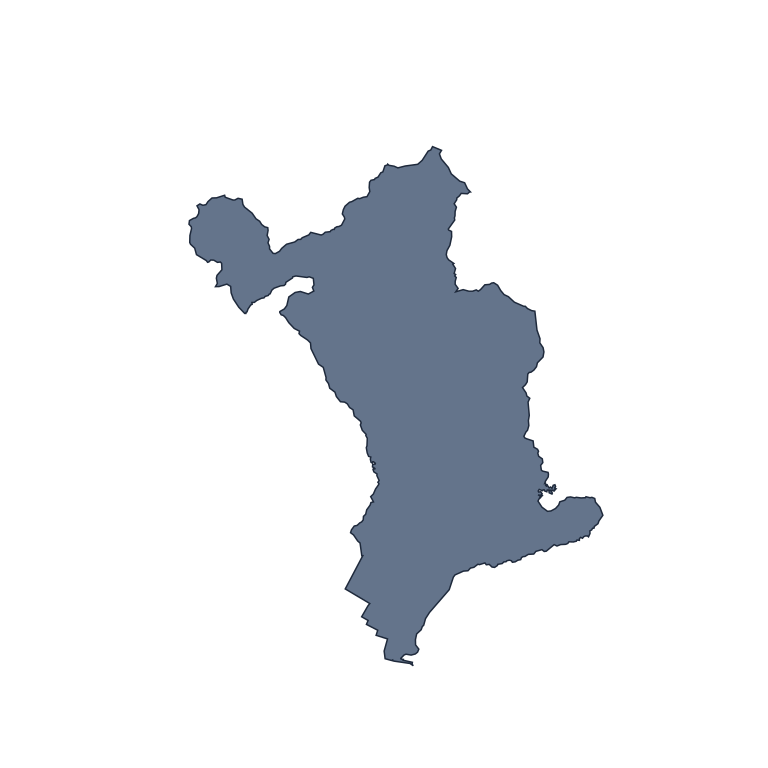 the district of Sacele, Brasov, Romania, rotated 215°
{"feature_id": "2599482B39032167315521", "entity_name": "Sacele", "entity_type": "district", "adm_level": 2, "iso_a3": "ROU", "parent_name": "Romania", "parent_adm1": "Brasov", "projection": "mercator", "projection_center": [25.764, 45.547], "detail": "fine", "context": "isolated", "style": "filled", "palette": "slate", "viewbox_px": 768, "rotation_deg": 215, "n_neighbors": 0, "source": "geoboundaries", "source_scale": "gbopen_adm2", "svg_char_len": 6159}
<svg xmlns="http://www.w3.org/2000/svg" viewBox="0 0 768 768"><g transform="rotate(215 384 384)"><path d="M480.4,606.3L479.9,602.5L481.4,600.1L481.0,589.1L482.4,583.3L491.7,574.7L496.6,569.0L500.7,568.2L505.3,566.0L507.1,566.2L506.9,565.4L508.4,563.3L506.6,557.1L507.8,555.1L507.6,550.0L509.2,547.4L509.1,546.0L511.5,543.4L511.6,541.0L508.8,536.4L506.0,533.5L505.4,527.7L508.1,525.1L510.2,521.9L512.0,521.1L515.0,514.9L516.5,513.1L517.9,507.3L517.3,503.5L515.7,499.4L512.4,498.1L510.8,496.7L509.9,489.7L511.3,487.1L512.8,485.8L513.8,483.6L513.4,482.1L514.3,481.6L515.5,479.4L515.5,477.9L519.2,474.6L519.8,471.8L520.9,470.0L531.0,466.2L531.1,463.0L534.9,456.9L535.2,454.7L537.3,453.1L538.6,449.1L544.0,442.6L545.6,436.4L545.7,432.8L547.8,428.5L549.8,427.4L555.2,429.0L556.7,431.1L560.0,433.1L561.1,436.6L564.9,438.6L567.1,443.4L568.9,445.4L571.9,444.3L575.7,444.5L579.2,446.0L583.6,445.9L590.0,448.3L599.7,448.9L602.6,450.2L606.2,454.0L610.1,452.4L611.7,449.2L613.2,448.1L621.2,445.9L622.8,447.2L628.0,440.4L631.6,437.7L632.8,432.5L632.7,428.8L634.9,426.5L638.1,425.9L639.4,422.7L635.5,420.7L633.6,417.3L633.2,413.8L633.7,412.0L635.1,410.4L637.1,406.3L635.4,403.0L632.1,402.3L630.8,400.9L628.2,394.4L624.3,388.5L622.6,387.5L617.0,386.7L611.8,382.4L600.4,383.2L598.3,382.5L597.5,383.5L597.0,386.2L594.5,387.8L590.2,388.1L588.0,390.1L586.2,389.7L582.3,384.6L583.1,377.2L582.0,374.5L578.2,370.8L577.9,367.1L575.0,369.2L570.0,375.7L565.6,376.0L561.5,371.0L556.1,367.2L547.0,363.6L538.6,361.9L537.6,362.6L538.1,363.5L537.6,364.5L538.4,367.4L538.5,372.2L537.7,373.7L539.0,375.0L537.0,376.5L536.1,379.5L533.5,384.0L531.7,385.7L531.6,387.6L529.6,390.1L529.6,391.7L529.0,392.5L529.7,396.5L529.0,399.4L525.0,405.1L522.4,407.3L521.9,409.2L522.7,411.0L519.8,418.3L520.2,419.5L518.1,422.0L508.2,427.1L506.8,428.9L502.5,430.0L498.2,425.0L498.1,422.1L494.8,419.9L497.6,414.3L505.6,411.8L509.3,408.0L511.9,400.7L508.6,392.5L508.7,388.3L510.9,383.6L510.4,382.8L507.9,381.7L505.8,382.4L502.7,381.9L497.1,379.6L489.4,378.0L483.5,378.8L482.5,376.5L480.0,376.0L471.9,376.2L467.8,375.5L464.1,371.1L449.0,362.7L443.3,362.8L435.2,356.1L433.9,354.0L429.7,352.5L426.0,349.4L419.5,349.2L415.8,346.4L409.5,344.5L405.8,346.6L402.6,346.7L398.7,345.0L394.5,345.1L390.1,340.8L381.8,340.0L380.4,339.0L379.9,336.9L375.2,333.6L369.8,332.5L369.3,331.3L366.6,330.0L362.5,323.6L362.0,321.7L358.2,317.9L355.1,315.9L352.9,316.6L352.1,314.6L349.7,312.4L348.3,312.5L348.6,313.9L348.0,314.3L345.6,314.1L345.3,313.4L347.1,311.6L345.9,309.5L343.0,309.6L342.8,309.1L344.1,308.4L344.0,307.7L341.9,306.2L338.1,306.3L337.3,304.9L332.6,302.1L332.7,300.0L331.1,299.5L330.7,298.4L330.7,293.2L329.6,287.7L330.3,284.1L325.0,281.4L326.7,279.4L325.9,276.8L326.0,271.0L324.3,266.8L324.9,263.8L323.1,260.8L323.2,258.2L324.2,256.3L324.9,252.8L326.9,250.6L327.0,245.9L326.1,243.0L322.4,242.9L315.5,240.3L312.4,240.0L303.7,230.6L302.9,231.2L298.2,193.9L269.7,196.0L269.9,193.1L268.8,180.5L261.4,181.2L260.5,177.0L247.9,178.7L246.3,173.6L234.9,177.2L230.7,165.3L225.5,159.6L219.1,161.9L218.6,162.9L218.0,162.3L216.5,162.9L202.4,170.0L198.4,170.0L200.3,170.6L201.1,172.3L209.9,168.7L210.2,169.5L212.2,168.5L212.9,168.9L212.1,173.6L211.0,175.3L206.3,177.5L203.5,180.8L202.7,183.6L203.4,186.8L208.5,188.4L211.6,192.6L213.9,198.0L212.6,204.0L213.5,207.3L213.1,209.1L215.4,215.6L215.7,223.0L212.6,252.9L216.4,265.6L216.3,268.4L211.6,276.3L208.1,279.2L207.6,282.8L205.2,285.4L203.7,290.2L202.2,290.8L198.7,295.3L196.5,294.6L194.3,296.6L190.6,296.0L188.2,297.2L187.0,300.4L187.4,301.5L184.2,304.7L183.8,307.0L182.1,308.4L182.0,309.6L180.4,311.5L178.3,312.3L176.6,311.6L174.5,313.6L173.3,316.4L171.3,318.5L171.8,320.7L171.2,322.2L169.6,323.6L168.1,327.2L163.8,330.6L163.6,334.0L159.6,338.9L156.7,338.7L155.2,340.1L152.5,350.0L149.4,350.5L147.2,353.8L143.2,356.9L142.0,358.8L142.0,360.8L138.3,363.2L136.3,365.5L136.4,366.9L134.3,368.0L135.2,369.4L135.0,371.1L132.9,371.5L132.8,373.5L131.8,375.1L130.2,376.2L128.8,376.1L129.5,379.7L131.1,381.7L130.2,383.6L130.4,385.4L129.3,386.4L130.0,388.0L128.6,392.3L129.4,395.2L129.4,402.0L136.4,406.8L143.0,408.5L145.7,411.1L148.7,410.4L150.0,409.0L153.9,407.5L153.8,406.4L157.2,403.7L161.5,401.5L162.5,400.1L166.4,398.5L169.0,396.1L169.3,392.4L172.4,388.4L171.5,385.0L172.1,380.4L174.4,375.8L177.0,373.5L184.0,373.7L190.7,376.4L191.1,378.6L190.6,380.7L190.6,381.4L191.2,381.1L191.0,382.0L194.2,381.5L189.6,383.7L191.7,383.4L191.5,384.8L193.8,385.6L195.4,384.2L196.3,384.8L196.4,386.7L193.1,387.4L192.9,388.6L192.0,389.2L191.2,388.5L188.8,389.1L189.5,390.8L188.2,391.7L186.3,389.6L183.3,390.2L183.5,391.1L185.5,392.4L186.3,392.0L187.2,392.2L184.6,393.8L183.3,393.8L183.0,396.6L183.8,396.1L183.7,396.9L184.6,397.0L184.7,398.5L186.2,399.5L187.3,398.1L186.6,394.9L188.5,395.1L189.1,393.6L191.8,394.6L192.3,393.5L192.8,393.6L192.2,394.1L192.7,395.0L193.6,394.3L194.7,395.3L195.3,394.6L196.0,397.0L196.2,402.1L197.6,404.5L198.9,405.7L204.2,403.6L205.7,403.7L209.0,407.2L208.8,410.7L211.4,413.5L215.8,413.5L218.4,415.6L218.8,417.5L220.8,418.6L225.0,418.2L229.2,422.9L235.9,420.9L237.8,420.6L239.4,421.4L240.2,426.0L239.9,428.4L241.5,433.0L244.7,436.8L247.0,441.6L255.6,451.8L256.4,455.9L260.1,456.1L262.5,458.2L268.5,460.5L267.7,464.6L267.9,467.9L271.9,474.6L271.7,476.8L270.4,477.9L269.2,481.4L269.0,485.6L270.5,489.4L269.2,497.3L271.4,502.0L274.5,505.0L280.0,507.1L282.2,510.6L289.6,515.9L302.2,530.2L305.1,528.8L309.7,528.1L312.8,528.7L314.1,527.8L324.1,525.8L332.2,526.9L336.9,526.1L342.0,527.5L347.6,530.1L352.2,529.9L353.8,528.3L354.6,526.2L358.3,523.1L359.1,516.6L360.0,514.1L362.4,514.0L364.7,510.8L367.7,508.7L373.3,506.7L378.1,500.7L378.1,504.8L382.9,506.5L384.6,509.0L385.9,512.7L388.0,513.1L388.1,514.8L389.9,514.7L391.6,519.6L396.4,521.6L395.9,522.8L402.3,522.8L404.8,523.7L407.2,525.7L408.9,529.3L409.6,535.4L413.0,543.4L416.2,547.7L419.4,547.2L420.2,547.8L420.1,558.9L421.6,560.4L422.3,562.5L424.7,566.1L426.1,570.4L429.9,571.9L430.1,576.6L431.0,578.1L430.1,581.5L430.1,584.4L424.7,587.7L424.1,590.3L423.4,590.9L427.5,591.7L433.4,595.1L438.3,593.6L449.4,594.7L455.5,598.3L466.2,601.2L470.6,604.3L470.9,608.4L480.4,606.3Z" fill="#64748b" stroke="#1e293b" stroke-width="1.5"/></g></svg>